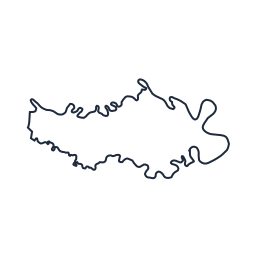 Puerto Santander, Norte de Santander, Colombia, rotated 109°
{"feature_id": "7082276B36155963658062", "entity_name": "Puerto Santander", "entity_type": "district", "adm_level": 2, "iso_a3": "COL", "parent_name": "Colombia", "parent_adm1": "Norte de Santander", "projection": "robinson", "projection_center": [-72.407, 8.326], "detail": "fine", "context": "isolated", "style": "outline", "palette": "slate", "viewbox_px": 256, "rotation_deg": 109, "n_neighbors": 0, "source": "geoboundaries", "source_scale": "gbopen_adm2", "svg_char_len": 5904}
<svg xmlns="http://www.w3.org/2000/svg" viewBox="0 0 256 256"><g transform="rotate(109 128 128)"><path d="M170.3,212.3L169.9,212.1L168.0,211.7L167.6,211.2L167.5,210.8L167.6,210.5L169.9,209.0L170.5,207.8L171.0,206.1L171.0,205.4L170.5,204.3L168.5,202.0L168.3,201.4L168.3,200.3L169.3,198.6L168.9,198.1L168.4,198.1L167.7,198.3L166.9,199.0L166.6,198.7L166.4,198.2L167.0,197.0L166.9,195.3L167.0,194.7L167.4,193.8L167.9,193.1L168.7,192.7L169.4,192.5L172.5,193.1L173.3,192.8L173.6,192.3L173.6,191.4L173.1,190.9L172.2,190.6L169.9,190.9L169.6,190.5L169.3,189.5L169.3,188.8L169.5,188.1L171.6,185.5L172.0,184.1L172.0,182.6L171.6,180.6L171.5,178.5L170.8,177.0L170.7,176.6L171.0,176.1L171.8,175.4L173.0,174.8L173.2,174.2L173.0,173.6L172.2,173.4L172.0,173.1L171.8,171.3L171.0,170.2L170.8,169.7L170.7,168.6L171.1,168.0L171.5,167.7L173.9,166.9L174.6,166.9L176.0,167.3L177.6,167.2L179.0,167.7L179.8,167.8L180.3,167.7L180.7,166.6L180.7,164.9L180.6,164.6L180.0,164.6L179.3,165.4L178.4,165.9L177.5,165.7L176.8,165.0L177.6,163.9L177.9,163.4L177.8,162.4L177.4,161.2L177.6,159.8L178.0,159.3L179.3,158.6L180.4,157.6L180.5,156.7L180.3,155.9L180.1,155.2L179.8,155.1L179.0,155.0L177.9,154.5L177.5,153.5L177.6,152.6L178.2,151.7L177.8,151.0L177.7,150.0L178.6,147.5L178.6,146.6L178.3,146.1L177.7,145.7L177.0,145.6L176.1,145.7L174.6,146.5L173.6,146.6L172.9,146.3L171.9,145.6L171.0,144.4L169.5,143.6L169.1,141.9L168.7,140.6L168.2,139.7L167.6,139.1L166.2,138.5L162.8,138.8L161.5,138.3L160.9,137.8L160.4,137.2L159.7,135.9L159.5,135.2L159.6,133.7L159.5,133.0L158.7,131.7L157.6,130.6L157.0,129.6L156.6,128.5L156.4,127.5L156.7,126.8L157.4,126.3L158.9,126.3L162.2,125.8L162.6,125.2L162.6,124.5L162.6,123.7L162.1,122.4L161.6,122.1L160.2,121.6L158.5,120.6L157.8,119.9L157.1,118.9L157.0,117.6L157.3,113.4L159.5,110.5L161.2,107.4L161.4,106.3L161.3,105.2L160.9,104.1L157.3,101.0L156.9,99.7L156.9,98.7L157.0,97.5L157.5,96.7L158.9,95.9L159.6,95.6L160.3,95.7L162.7,96.6L163.9,96.9L165.6,97.0L166.4,96.7L167.7,95.3L168.2,93.9L168.2,92.8L167.8,91.3L167.5,88.8L167.2,87.9L167.0,87.3L166.0,86.5L164.8,86.2L162.4,86.7L161.5,86.6L160.1,85.9L159.3,85.0L159.1,83.4L159.6,81.5L160.5,79.8L162.1,77.9L162.4,77.1L162.6,76.2L162.5,75.1L162.1,73.6L161.0,71.7L160.4,71.0L159.9,70.8L158.5,70.7L156.6,70.3L154.8,69.4L151.9,67.1L151.1,67.0L150.1,67.1L148.8,68.0L147.9,69.4L147.5,71.2L147.7,74.8L147.1,76.0L146.7,76.2L146.3,76.2L145.4,75.9L144.7,75.4L144.0,74.6L143.6,73.6L143.4,72.3L143.6,67.7L143.4,67.0L143.0,66.5L141.8,65.7L140.8,65.5L140.2,65.9L138.3,67.6L137.5,67.8L137.0,67.7L136.9,67.1L137.0,66.5L139.5,63.8L140.8,62.9L143.2,62.6L143.8,62.3L144.6,61.6L144.9,60.6L144.9,60.0L144.7,59.7L144.1,59.3L143.0,59.0L141.2,57.7L138.5,55.0L138.0,54.9L137.7,55.1L134.7,59.6L132.9,60.8L128.9,62.2L129.1,62.7L127.8,62.6L126.9,62.3L125.4,61.4L124.7,60.6L124.3,59.8L124.1,59.0L124.1,57.2L124.4,56.4L125.7,54.8L127.3,53.6L128.4,53.1L131.4,52.1L134.7,50.6L135.5,50.0L136.3,48.6L136.8,46.5L136.8,44.6L136.4,43.1L135.8,42.0L134.8,40.6L130.3,36.2L127.1,33.5L123.9,31.1L121.5,29.7L116.7,27.3L114.6,27.0L112.4,27.1L110.3,27.4L109.5,27.8L106.4,30.1L105.1,31.5L104.7,32.2L104.2,34.0L104.2,35.6L104.6,38.3L106.6,46.7L106.9,48.9L106.6,52.4L105.6,55.1L104.6,56.5L103.3,57.5L101.3,57.8L98.2,57.3L92.5,55.7L87.2,52.2L85.6,51.5L83.6,51.0L81.9,51.0L81.0,51.2L79.6,51.8L78.1,52.9L75.9,56.4L75.5,57.9L75.3,59.2L75.5,61.3L75.9,63.2L76.6,64.1L78.8,65.6L81.9,66.1L86.0,65.6L89.1,65.4L94.1,65.3L96.4,65.7L97.1,66.1L98.0,67.1L98.2,67.9L97.9,69.3L96.6,71.5L92.9,75.7L87.3,80.8L86.7,81.6L85.3,86.9L84.8,90.7L84.8,93.2L84.4,96.5L85.1,98.0L85.7,98.2L86.1,98.2L87.1,98.0L87.8,97.5L88.6,96.6L89.0,94.9L90.8,94.1L91.5,93.6L93.2,90.8L94.2,90.7L95.4,91.4L95.6,95.0L94.4,97.7L91.3,101.1L90.7,102.0L90.0,103.2L89.5,104.9L88.8,111.6L88.5,113.3L87.6,116.1L82.1,122.8L80.7,123.8L79.3,125.6L78.2,128.0L77.9,129.9L77.9,131.3L78.0,132.0L78.5,133.0L79.4,133.6L80.5,133.6L81.6,133.0L82.5,131.2L84.0,126.5L84.3,124.0L84.8,123.6L85.6,123.7L86.2,124.2L86.5,124.6L87.0,127.2L87.5,127.4L89.1,127.1L90.4,127.5L92.0,128.5L93.3,129.1L94.2,129.2L96.7,128.2L97.5,128.0L98.2,128.1L99.0,128.7L99.0,129.7L97.7,132.4L97.3,134.3L97.5,136.1L97.8,137.3L98.3,139.0L98.9,139.8L99.6,140.5L103.1,141.9L104.8,142.3L105.6,142.5L107.8,141.7L109.1,141.9L110.4,142.9L110.8,143.6L111.0,144.4L110.6,145.3L109.5,146.3L108.7,147.4L108.6,148.0L108.5,149.8L108.8,150.7L109.1,151.2L109.7,151.7L110.5,151.9L111.0,151.9L111.3,151.5L111.6,150.7L111.7,149.1L112.0,146.9L112.4,146.3L113.4,145.4L114.4,145.2L115.6,145.9L117.1,148.6L117.3,149.6L117.2,150.7L116.6,151.5L115.1,152.9L114.1,154.6L114.1,155.9L114.4,156.1L114.9,156.4L115.5,156.2L116.1,155.8L117.2,154.1L118.1,153.1L120.6,151.6L122.3,151.3L123.0,151.5L123.6,152.3L123.9,153.2L123.9,155.6L123.1,157.4L122.9,160.1L122.6,160.8L121.8,161.7L118.4,162.2L117.4,162.9L117.1,163.5L117.1,164.2L117.2,164.7L117.8,164.9L118.5,165.0L120.4,164.4L121.6,164.3L122.8,164.6L123.7,165.5L125.4,168.4L126.3,169.4L128.8,170.8L130.5,171.4L132.7,173.0L133.2,174.6L133.6,177.5L133.6,179.0L133.2,179.7L132.9,179.8L132.1,179.8L128.9,178.4L127.6,177.4L126.4,177.2L125.5,177.1L124.8,177.5L124.6,177.9L124.4,179.4L124.9,180.4L126.2,181.2L128.3,181.5L129.2,182.2L130.8,184.0L131.1,184.6L131.2,185.7L131.1,186.2L130.8,186.5L130.2,186.7L129.2,186.6L127.3,185.6L126.6,185.4L125.7,185.6L124.6,186.4L123.9,187.3L123.6,188.9L123.8,189.9L124.2,190.6L124.5,190.8L125.6,191.0L126.7,191.5L129.0,192.2L132.7,192.1L133.9,192.4L135.4,193.4L136.0,193.9L136.7,194.8L137.2,196.0L137.7,197.8L137.6,199.7L137.0,201.6L136.4,204.4L136.5,207.4L137.4,210.9L137.3,213.3L137.0,215.6L136.3,217.7L134.0,221.9L133.4,223.8L132.1,226.7L132.0,227.9L132.1,228.3L132.6,228.8L133.1,229.0L133.7,228.9L134.7,228.1L135.7,226.9L137.2,224.6L137.8,223.3L138.9,221.4L139.4,221.1L140.0,221.0L142.1,221.0L142.7,221.4L143.8,223.1L144.9,226.0L154.9,223.2L158.3,222.7L160.2,222.8L162.7,217.5L169.3,216.4L170.3,212.3Z" fill="none" stroke="#1e293b" stroke-width="2"/></g></svg>